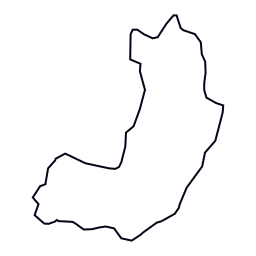 outline of Boyo, Nord-Ouest, Cameroon
{"feature_id": "32672807B40523536040617", "entity_name": "Boyo", "entity_type": "district", "adm_level": 2, "iso_a3": "CMR", "parent_name": "Cameroon", "parent_adm1": "Nord-Ouest", "projection": "mercator", "projection_center": [10.331, 6.408], "detail": "fine", "context": "isolated", "style": "outline", "palette": "ink", "viewbox_px": 256, "rotation_deg": 0, "n_neighbors": 0, "source": "geoboundaries", "source_scale": "gbopen_adm2", "svg_char_len": 992}
<svg xmlns="http://www.w3.org/2000/svg" viewBox="0 0 256 256"><path d="M161.3,221.3L169.2,216.9L174.8,213.8L178.8,207.9L179.7,204.3L186.7,187.6L202.2,166.4L205.0,152.6L215.3,140.8L222.7,112.4L223.2,105.4L216.0,103.0L206.5,97.7L204.2,90.1L204.2,83.4L205.6,72.8L205.2,61.7L201.8,54.2L200.8,42.3L194.9,34.1L183.3,30.2L180.6,27.9L176.6,15.4L173.5,15.4L166.5,23.6L157.7,37.2L152.6,38.3L144.0,34.3L137.3,29.7L132.7,29.7L130.6,34.3L130.2,59.4L140.5,63.8L139.9,71.4L145.0,89.9L144.5,91.6L139.9,109.0L133.6,126.2L126.0,132.6L125.3,146.6L121.3,162.3L119.0,167.0L115.2,168.9L108.9,168.3L85.5,163.3L65.2,153.6L55.7,158.7L55.1,160.5L48.1,168.3L45.4,184.2L40.1,186.2L32.8,197.5L38.5,204.1L36.8,209.0L34.6,215.1L41.6,221.3L44.4,223.6L48.7,223.8L55.1,221.5L56.7,220.0L58.9,221.2L64.6,221.4L72.7,221.9L76.4,224.2L83.7,229.5L92.0,229.2L98.5,227.6L105.7,226.5L114.1,228.4L121.3,238.3L131.7,240.6L135.4,238.2L140.7,234.7L143.2,232.4L156.7,222.7L161.3,221.3Z" fill="none" stroke="#020617" stroke-width="2"/></svg>